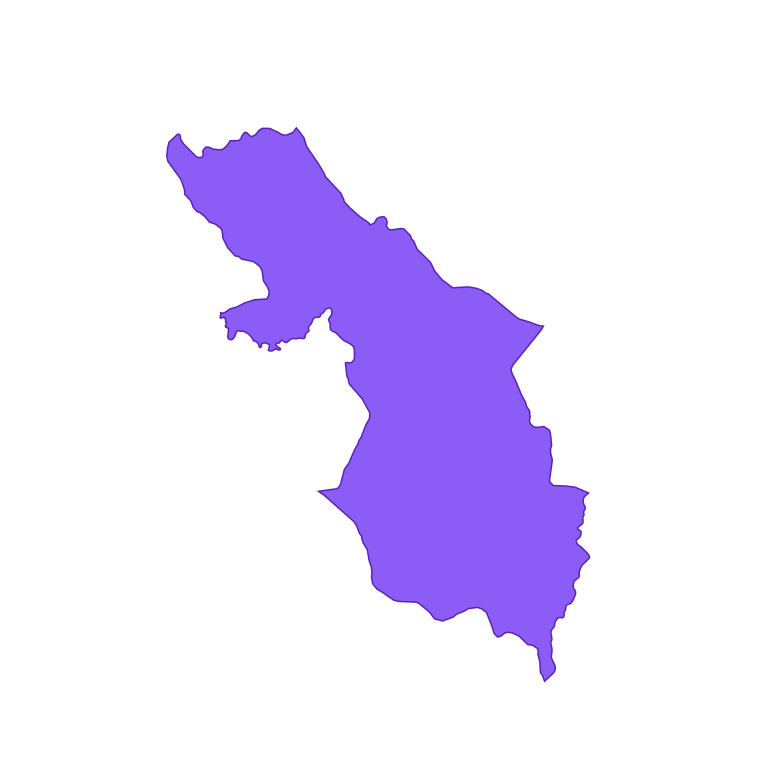 outline of Villa Canales, Guatemala, rotated 314°
{"feature_id": "79465075B61187237098810", "entity_name": "Villa Canales", "entity_type": "district", "adm_level": 2, "iso_a3": "GTM", "parent_name": "Guatemala", "parent_adm1": "", "projection": "albers", "projection_center": [-90.541, 14.401], "detail": "fine", "context": "isolated", "style": "filled", "palette": "violet", "viewbox_px": 768, "rotation_deg": 314, "n_neighbors": 0, "source": "geoboundaries", "source_scale": "gbopen_adm2", "svg_char_len": 6149}
<svg xmlns="http://www.w3.org/2000/svg" viewBox="0 0 768 768"><g transform="rotate(314 384 384)"><path d="M261.3,411.5L262.4,418.0L264.1,458.0L262.8,463.1L259.5,470.1L259.1,473.3L257.7,475.0L255.3,479.1L253.3,487.0L246.9,495.6L243.4,502.2L238.9,507.5L237.1,508.4L232.5,514.4L231.6,521.4L233.0,527.3L235.2,540.9L237.8,545.6L249.4,558.7L250.5,561.6L251.5,575.3L250.2,583.4L254.2,590.7L264.2,595.6L269.6,596.3L275.7,599.3L281.1,600.7L288.4,606.6L290.1,610.5L290.8,616.5L288.6,621.4L284.7,629.9L281.0,636.6L280.9,641.5L283.8,643.2L289.1,643.9L291.2,645.4L292.9,647.4L294.5,650.2L296.5,656.3L296.4,668.3L299.3,672.4L300.4,678.2L298.0,681.7L297.0,681.9L292.1,689.4L285.0,697.1L284.5,700.4L281.7,706.0L293.0,706.6L295.1,706.4L296.1,706.2L297.0,705.8L297.8,705.2L298.8,704.4L299.5,703.6L300.1,702.6L300.8,701.2L301.3,699.9L302.1,697.4L302.5,696.5L302.9,695.5L303.8,694.2L304.8,693.2L307.2,691.5L309.2,689.8L311.1,687.6L312.2,685.9L313.0,684.5L314.2,683.4L315.9,682.7L317.1,682.0L318.2,680.7L319.0,679.7L319.6,678.5L320.3,677.7L321.2,676.7L322.6,675.7L323.7,675.3L328.0,674.9L329.4,674.0L330.5,673.1L331.9,672.4L332.9,672.1L334.8,671.8L336.5,671.6L337.8,672.4L338.6,673.2L339.9,674.8L341.0,675.1L342.4,674.6L343.2,673.9L344.5,672.3L347.8,671.4L349.2,670.5L350.1,669.6L351.2,669.0L353.1,669.2L354.2,670.0L355.3,670.6L357.1,670.7L359.3,670.4L365.1,668.1L366.5,667.3L367.2,666.5L367.9,665.7L368.4,664.2L368.8,662.2L369.5,661.1L370.8,659.8L371.6,659.2L373.0,658.4L374.6,657.9L376.0,657.8L377.9,658.1L378.9,658.4L380.3,658.5L381.6,657.8L382.4,657.0L383.3,655.9L385.0,654.5L386.5,654.1L388.1,653.2L389.4,652.7L390.9,652.4L392.1,652.4L400.5,652.6L401.6,652.4L402.5,651.8L403.3,650.0L403.6,647.3L403.7,638.7L403.2,635.7L403.3,633.8L404.1,631.9L405.4,630.8L406.7,630.8L408.3,631.3L409.6,631.2L411.0,630.9L412.9,629.9L414.3,628.9L414.9,627.7L414.8,626.4L414.4,625.5L414.3,624.4L415.1,623.2L416.8,623.2L419.5,623.7L421.3,623.8L422.8,623.2L424.8,621.3L425.6,620.0L426.5,619.5L427.6,619.3L429.2,618.5L430.2,616.8L431.1,616.2L433.9,615.4L435.1,614.6L435.5,613.6L435.9,612.3L436.4,610.9L437.2,609.5L437.9,608.8L439.2,607.7L440.6,606.9L441.8,606.6L442.9,606.5L444.4,606.5L445.6,606.7L447.7,606.9L442.6,593.4L437.2,586.0L428.6,576.4L428.7,571.5L430.0,569.7L443.3,560.1L446.5,557.6L449.9,552.0L453.0,548.9L456.3,547.2L462.2,540.3L464.7,537.0L465.7,535.0L464.4,528.5L461.8,526.5L458.4,523.5L457.0,520.7L457.2,516.3L458.7,514.1L462.3,511.7L463.7,509.2L464.8,508.8L465.9,506.9L466.9,502.2L469.1,498.6L471.8,490.1L477.7,476.6L480.5,468.8L482.8,465.1L486.9,463.6L532.2,459.5L536.4,458.4L534.1,455.6L531.6,450.3L529.8,446.0L524.7,436.2L524.0,432.4L521.3,396.3L520.3,395.1L519.6,389.6L516.9,383.8L515.8,382.2L512.7,377.5L503.9,369.3L501.3,367.3L500.7,365.1L499.3,353.2L500.4,342.4L503.8,332.9L504.0,314.2L507.5,305.8L507.5,303.1L509.0,300.2L509.4,290.9L508.6,289.4L507.5,288.1L499.5,281.8L498.5,279.9L499.2,276.0L502.3,274.1L504.3,271.0L504.3,267.7L501.2,265.1L498.3,264.0L492.5,265.2L488.6,263.2L489.4,261.5L487.6,250.6L487.0,236.3L487.5,228.6L488.5,227.3L491.2,220.7L492.5,196.9L493.4,196.2L496.7,184.6L501.1,163.2L505.5,155.4L506.3,150.6L507.3,143.1L501.3,143.7L494.6,140.5L492.4,137.3L491.4,132.6L488.4,124.2L483.5,119.0L479.9,117.9L474.0,118.4L470.2,117.0L469.4,115.9L469.5,110.9L468.3,109.0L463.0,109.5L461.8,110.7L458.0,110.3L452.1,104.4L446.3,105.5L440.9,105.0L437.0,101.9L436.2,100.1L434.6,98.6L432.6,93.3L430.7,91.3L426.9,91.4L424.9,92.4L424.7,93.4L422.1,95.4L420.5,95.5L418.0,93.3L417.1,90.9L417.5,72.8L418.6,68.0L421.3,64.5L421.3,62.9L420.1,62.0L408.6,61.4L403.4,64.4L398.7,68.3L397.7,68.5L394.0,74.0L390.2,95.3L388.7,98.8L387.5,101.2L385.2,105.4L382.0,109.0L381.6,117.8L378.6,124.0L378.1,129.5L379.4,132.3L380.0,138.9L379.2,146.0L381.7,151.2L382.3,155.5L382.5,159.4L381.5,161.4L377.0,166.9L373.4,177.1L372.7,188.0L374.7,190.6L374.9,194.4L376.5,197.4L377.6,198.9L381.5,205.3L382.3,213.4L380.8,217.6L374.4,225.9L372.8,232.8L370.8,237.1L367.4,239.7L363.9,240.7L354.6,232.3L345.9,227.6L336.8,224.5L331.2,221.1L324.8,219.8L322.9,218.8L321.8,217.0L320.9,218.0L319.4,219.0L317.8,220.1L318.3,221.2L319.7,221.8L320.6,222.4L321.2,223.9L319.7,225.8L318.7,226.9L318.1,228.3L317.3,229.1L316.4,229.5L315.3,229.6L315.0,230.9L315.7,232.5L315.8,233.7L309.2,239.1L308.5,240.3L308.7,241.9L309.4,243.1L310.6,243.9L312.0,243.8L313.8,243.8L315.9,243.0L317.4,242.3L318.6,241.8L320.1,241.6L321.1,242.2L321.8,243.1L322.4,244.4L323.7,245.7L324.7,246.9L325.0,248.1L325.1,249.2L325.8,250.6L325.8,252.1L325.8,253.6L325.6,256.1L325.4,257.1L325.2,258.1L324.4,259.6L324.9,261.0L325.7,262.9L325.6,265.2L325.4,266.2L324.9,267.4L324.1,268.1L324.1,269.6L325.9,269.8L327.0,268.6L328.4,268.0L329.5,268.7L330.9,269.8L331.5,271.1L332.6,273.4L332.5,274.7L330.6,275.9L329.1,276.6L327.8,277.6L328.7,279.2L329.6,280.2L331.2,281.0L332.4,281.2L333.9,281.6L334.7,282.9L335.0,284.1L335.5,285.0L336.7,285.5L337.5,284.5L337.3,283.1L337.0,282.1L336.9,281.1L337.1,278.9L338.0,278.4L339.4,278.9L340.6,280.1L342.4,280.0L343.9,279.7L344.8,280.8L345.1,283.0L345.4,284.2L346.3,285.1L348.0,285.5L349.7,285.5L350.8,285.7L352.5,286.2L353.7,287.2L355.7,289.6L357.2,290.6L358.2,291.2L359.1,292.0L360.0,293.9L361.6,294.9L362.9,294.7L365.1,293.1L366.5,292.7L369.9,293.3L370.9,292.1L371.7,290.8L372.9,290.0L376.1,289.8L377.1,289.7L380.1,288.6L381.2,288.0L383.0,287.9L384.8,288.5L386.3,290.5L387.7,291.2L390.5,290.2L393.5,290.8L395.2,290.6L396.4,290.2L398.0,290.3L399.7,291.1L400.7,291.9L401.4,293.1L400.6,295.2L399.5,296.6L398.1,297.7L396.5,298.4L395.0,298.6L393.1,298.8L391.6,299.5L391.0,300.7L390.5,302.2L389.9,303.4L389.0,304.4L386.9,306.3L386.1,307.6L386.0,308.9L386.2,310.5L386.7,311.6L387.3,313.3L387.5,315.7L387.2,319.7L387.3,324.5L388.7,329.4L389.7,333.1L389.7,334.7L389.6,335.8L389.3,336.8L388.8,337.8L388.3,338.7L384.4,342.5L383.4,343.7L381.4,345.1L380.3,345.7L378.2,345.8L376.6,345.6L375.4,344.8L374.4,343.5L373.3,342.0L372.3,341.6L363.6,352.2L363.6,353.4L359.9,359.0L358.1,378.7L353.5,393.7L349.0,397.6L342.2,399.3L330.0,404.5L325.2,405.4L323.5,406.7L316.7,408.4L302.3,413.8L299.3,414.1L294.7,415.0L282.0,422.2L277.8,423.3L275.3,422.4L267.2,416.0L261.3,411.5Z" fill="#8b5cf6" stroke="#5b21b6" stroke-width="1.5"/></g></svg>